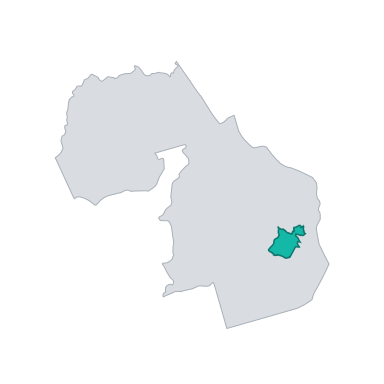 Mulobezi, Western, Zambia (highlighted), rotated 254°
{"feature_id": "96606910B3196683578902", "entity_name": "Mulobezi", "entity_type": "district", "adm_level": 2, "iso_a3": "ZMB", "parent_name": "Zambia", "parent_adm1": "Western", "projection": "mercator", "projection_center": [24.85, -16.28], "detail": "fine", "context": "in_parent", "style": "filled", "palette": "teal", "viewbox_px": 384, "rotation_deg": 254, "n_neighbors": 0, "source": "geoboundaries", "source_scale": "gbopen_adm2", "svg_char_len": 7753}
<svg xmlns="http://www.w3.org/2000/svg" viewBox="0 0 384 384"><g transform="rotate(254 192 192)"><path d="M254.1,253.6L238.0,253.7L232.2,255.0L227.4,257.0L221.7,260.1L218.3,262.3L217.4,263.5L217.0,266.1L217.0,270.2L216.4,273.2L214.7,275.9L206.0,279.2L200.3,281.9L194.7,285.1L190.5,289.2L187.6,294.3L182.8,300.6L172.7,311.9L166.9,314.0L162.1,313.5L156.2,311.2L151.5,310.7L148.0,312.2L144.8,311.7L141.9,309.4L139.4,308.5L137.5,309.2L134.9,309.0L130.3,307.7L126.3,303.7L124.1,302.0L122.4,301.4L117.6,300.8L106.6,299.8L95.1,301.8L85.0,303.9L74.8,294.9L64.9,285.4L62.8,283.0L59.1,279.9L56.4,278.3L55.4,277.6L52.7,269.2L51.2,261.4L51.2,187.9L96.1,187.9L99.0,187.6L99.2,186.8L97.1,182.9L97.2,181.5L97.7,178.9L99.7,173.6L99.8,171.8L98.9,166.1L99.0,162.9L99.5,156.4L99.2,154.2L100.3,151.3L100.6,149.4L101.1,148.5L100.5,146.3L99.6,138.7L99.1,135.4L101.8,135.9L102.7,137.5L103.2,139.2L104.4,139.3L107.6,140.3L108.7,141.8L109.5,144.9L109.0,146.4L108.0,147.7L109.0,148.8L111.2,149.6L112.4,149.4L116.0,147.3L119.4,146.5L121.1,145.9L128.5,144.6L130.0,143.8L131.0,143.8L131.7,144.4L131.1,146.6L130.8,148.5L131.8,152.2L132.5,153.9L134.0,155.1L135.1,155.8L136.4,157.1L138.9,156.9L144.6,158.7L146.4,159.6L148.8,160.5L150.5,160.8L156.3,161.5L162.5,162.5L165.7,162.6L168.0,162.3L169.6,161.8L170.6,161.2L171.0,160.7L173.3,153.7L174.5,153.2L176.1,152.8L177.0,153.5L178.0,157.8L182.4,161.8L184.0,165.1L185.1,168.0L186.1,168.8L187.8,169.8L190.5,170.1L192.9,170.2L205.0,175.1L206.3,176.0L207.8,178.6L208.7,181.5L209.6,183.8L211.2,184.3L212.6,184.4L213.9,186.0L215.0,187.4L218.5,193.2L219.0,195.5L220.8,197.0L223.1,197.6L225.3,197.7L226.5,197.0L229.6,195.9L232.0,194.5L233.8,194.0L234.8,194.3L235.6,195.3L236.1,198.1L237.9,199.1L239.1,198.7L239.6,197.6L239.6,197.0L239.6,167.0L238.5,167.2L237.1,168.1L233.9,168.2L232.7,168.8L232.3,169.8L232.5,171.0L232.6,172.7L232.1,173.5L230.7,173.8L228.7,173.2L225.0,172.3L222.0,171.8L219.8,169.5L216.8,166.2L214.9,164.4L210.2,160.9L209.4,160.2L208.0,158.6L206.7,155.8L205.6,152.5L204.9,150.5L206.1,147.3L208.8,136.9L209.4,133.7L211.7,130.5L211.9,127.6L211.0,123.8L211.2,121.7L211.5,109.9L210.9,106.2L209.4,102.1L206.0,96.4L206.0,95.1L211.2,91.4L212.8,90.0L215.5,87.0L217.3,84.4L218.5,82.3L218.9,79.6L218.0,77.1L219.8,76.6L262.6,70.0L263.3,71.7L264.6,74.7L266.0,76.8L267.9,78.7L269.4,79.8L270.5,80.2L277.1,80.1L279.5,81.2L281.5,82.6L282.0,84.9L283.4,86.3L284.9,87.4L285.5,87.5L286.6,87.3L288.4,87.3L290.0,87.7L290.8,88.2L290.9,90.1L291.4,91.0L293.6,91.3L295.9,91.4L298.1,92.7L300.4,92.9L303.2,93.5L304.5,94.8L307.4,96.2L311.0,97.5L314.9,99.6L315.0,100.2L315.7,101.5L316.4,102.3L316.4,103.6L316.7,104.8L317.7,105.1L318.6,105.2L319.4,104.4L320.4,104.4L321.6,104.9L322.0,106.3L322.9,108.2L324.3,109.5L325.3,110.7L325.0,112.9L324.3,115.0L326.3,117.0L328.9,119.0L329.6,119.8L329.8,122.7L330.2,123.7L331.9,126.0L332.8,127.6L332.7,128.5L328.0,133.3L325.2,134.0L323.9,135.0L323.1,136.0L325.0,140.7L326.0,142.5L325.2,144.7L323.3,148.5L322.4,148.8L322.3,151.7L322.9,152.8L323.8,153.6L324.2,155.6L324.1,160.4L322.9,166.0L325.0,170.8L325.8,171.3L328.7,171.3L329.2,171.8L328.5,173.1L326.4,175.3L322.7,176.9L317.4,178.7L316.2,180.5L315.5,183.0L316.1,184.5L316.8,185.4L316.6,187.6L316.1,190.0L316.3,191.8L316.1,193.4L315.4,194.2L314.4,196.7L313.3,199.2L312.4,200.3L311.0,201.5L308.9,202.5L308.9,203.0L311.3,204.1L312.0,204.9L312.2,205.5L311.2,206.7L312.3,207.5L313.6,208.1L314.9,209.8L316.4,212.9L316.6,213.2L317.1,213.2L317.9,212.9L319.3,211.6L320.4,211.2L321.7,213.0L299.3,220.7L294.1,222.3L286.2,225.0L283.7,226.0L281.6,227.0L260.8,233.0L257.5,234.2L250.1,237.3L249.9,237.8L250.0,239.2L250.6,242.1L251.9,244.8L253.0,246.3L253.7,250.2L254.1,253.6Z" fill="#d9dde1" stroke="#a8b0b8" stroke-width="1"/><path d="M134.4,265.0L133.6,265.3L133.1,265.2L132.4,265.0L131.6,264.6L130.8,264.3L129.2,263.8L128.7,263.8L127.9,263.9L127.5,264.0L127.2,264.0L126.5,264.0L126.3,263.8L125.9,263.0L124.7,262.4L124.7,262.1L124.3,261.2L124.2,260.4L123.9,259.4L123.8,258.9L123.6,258.4L123.4,258.1L123.0,257.7L122.5,257.4L121.9,257.1L121.0,256.8L120.2,256.4L119.8,256.2L119.5,255.9L118.9,255.1L117.2,252.2L116.9,251.9L116.7,251.4L116.3,251.0L116.0,250.4L115.7,250.1L115.4,249.8L114.9,249.5L114.4,249.6L114.2,249.8L113.7,250.2L113.5,250.3L113.4,250.5L113.1,250.5L112.9,250.6L112.7,250.9L112.7,251.1L112.4,251.6L112.1,251.7L112.0,251.9L112.0,252.0L111.9,252.0L111.7,251.9L111.5,252.1L111.2,252.3L111.1,252.7L110.8,252.8L110.6,252.9L110.3,253.1L110.0,253.2L109.8,253.3L109.6,253.2L109.3,253.0L109.1,253.0L109.0,253.3L108.9,253.5L108.7,253.8L108.8,253.9L108.6,254.0L108.5,253.9L108.4,253.9L108.3,254.0L108.2,254.1L108.2,254.3L108.3,254.5L108.2,254.9L108.1,255.0L107.9,255.2L107.9,255.4L108.0,255.6L108.0,255.8L108.1,256.2L108.0,256.3L107.9,256.4L108.0,256.6L107.9,256.6L108.0,257.1L107.9,257.1L107.8,257.3L107.6,257.4L107.6,257.7L107.5,258.0L107.2,258.4L107.0,258.6L106.9,258.8L106.7,259.2L106.5,259.3L106.5,259.5L106.5,259.8L106.4,259.9L106.2,260.0L105.9,260.4L105.9,260.5L105.7,260.7L105.5,261.0L105.2,261.3L105.0,261.5L104.9,261.5L104.7,261.8L104.4,262.0L104.2,262.3L103.9,262.6L103.8,262.8L103.5,262.8L103.3,263.0L103.2,263.0L102.8,263.4L102.8,263.5L102.7,263.7L102.7,263.8L102.6,264.0L102.6,264.4L102.6,264.5L102.4,264.8L102.5,265.0L102.4,265.0L102.4,265.3L102.5,265.3L102.4,265.3L102.4,265.5L102.4,265.8L102.3,266.0L102.3,266.3L102.3,266.5L102.4,266.8L102.4,267.1L102.5,267.2L102.4,267.2L102.3,267.3L102.3,267.5L102.3,267.8L102.3,268.1L110.8,276.4L109.5,280.0L110.0,280.0L110.3,279.8L110.6,279.8L111.1,279.3L111.6,279.3L111.9,279.2L112.6,279.2L112.9,279.1L113.3,279.0L115.1,279.9L114.9,280.3L114.8,281.1L114.1,282.1L116.3,281.5L117.9,281.3L118.9,281.1L119.7,280.6L120.0,280.3L121.2,279.6L122.3,279.8L122.5,279.9L122.7,280.0L123.0,280.4L122.8,280.5L122.5,280.8L122.4,281.0L122.2,281.2L122.0,281.7L121.9,281.9L121.9,282.4L121.8,282.7L121.4,283.0L121.2,283.2L121.1,283.3L121.0,283.5L120.8,283.6L120.7,283.9L120.5,284.1L120.4,284.2L120.6,284.7L120.5,284.8L120.4,285.3L120.0,285.6L119.7,286.1L119.7,287.2L119.7,287.5L120.5,288.7L120.5,289.0L120.7,289.5L121.3,289.1L121.7,288.6L121.9,288.6L122.2,288.7L122.5,288.8L122.9,288.7L123.4,288.8L123.5,288.8L123.5,288.7L123.6,288.8L123.9,288.7L124.1,288.7L124.4,288.8L124.9,288.8L125.3,288.9L125.6,288.9L125.9,288.8L126.7,289.2L128.0,289.8L128.1,289.7L128.3,289.5L128.2,289.4L128.3,289.4L128.2,289.3L128.2,289.2L128.3,288.9L128.3,288.7L128.1,288.5L127.9,288.5L127.8,288.4L127.9,288.1L128.0,287.9L128.0,287.5L128.1,287.4L128.2,287.2L127.9,287.0L128.0,286.8L128.7,287.5L130.1,286.7L130.4,285.6L130.0,284.2L129.5,282.2L129.8,280.3L129.4,280.1L129.2,279.8L128.9,279.9L128.7,279.9L128.3,279.7L128.1,279.7L127.9,279.7L128.0,279.6L126.9,279.4L126.5,279.3L126.4,279.4L126.1,279.3L126.2,279.2L126.3,279.0L126.3,278.7L126.5,278.5L126.5,278.2L126.4,278.2L126.2,278.0L126.1,277.8L125.8,277.7L125.7,277.6L125.4,277.5L125.4,277.4L125.5,277.3L125.4,277.2L125.2,277.1L125.0,276.9L124.8,276.9L124.7,276.8L124.6,276.7L124.3,276.6L124.2,276.5L124.2,276.4L124.3,276.4L124.2,276.2L124.3,276.0L124.4,275.9L124.5,275.9L124.6,275.7L124.6,275.4L124.8,275.2L125.0,275.0L125.0,274.8L125.0,274.7L125.1,274.4L125.3,274.3L125.4,274.2L125.5,274.2L125.8,273.8L125.8,273.6L126.1,273.5L126.1,273.3L126.1,273.2L126.3,272.9L126.5,272.7L126.8,272.4L127.0,272.2L127.6,271.7L127.8,271.6L128.0,271.6L128.3,271.4L128.5,271.3L128.6,271.1L128.9,270.9L129.1,270.9L129.4,270.6L129.5,270.7L129.7,270.3L130.0,270.1L130.1,269.9L130.5,269.8L130.7,269.7L130.7,269.8L130.9,269.7L131.2,269.5L131.3,269.3L131.2,269.1L131.1,268.9L131.2,268.5L131.2,268.3L131.3,268.1L131.5,267.7L131.9,267.0L132.1,266.8L132.4,266.7L132.6,266.5L132.7,266.2L133.0,266.0L133.3,265.8L133.4,265.7L133.7,265.5L134.0,265.4L134.2,265.2L134.5,265.1L134.4,265.0Z" fill="#14b8a6" stroke="#0f766e" stroke-width="1.5"/></g></svg>